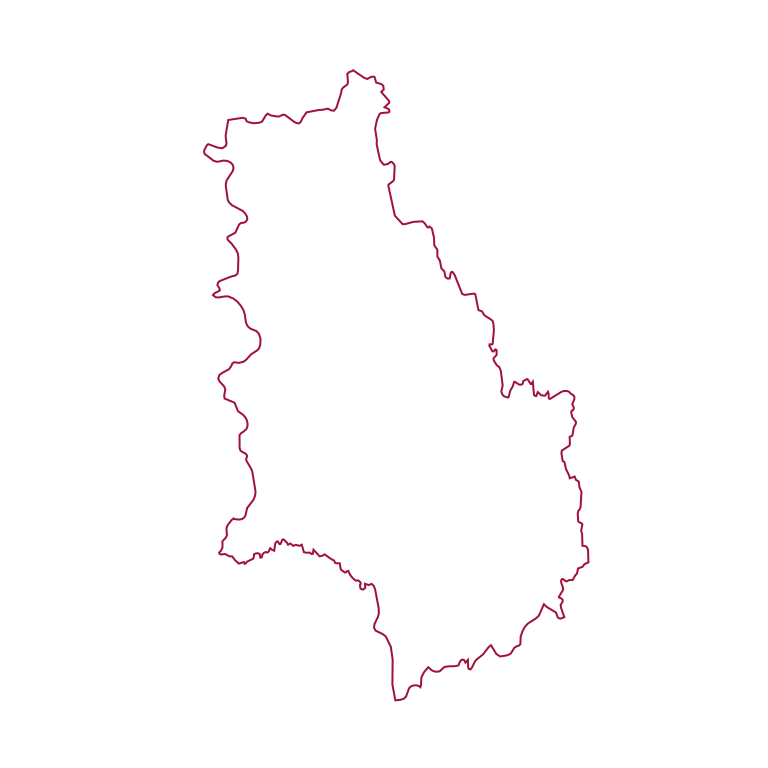 an SVG outline of Gomel, rotated 82°
{"feature_id": "BLR-2339", "entity_name": "Gomel", "entity_type": "Region", "adm_level": 1, "iso_a3": "BLR", "parent_name": "Belarus", "parent_adm1": "", "projection": "equal_earth", "projection_center": [29.578, 52.294], "detail": "fine", "context": "isolated", "style": "outline", "palette": "rose", "viewbox_px": 768, "rotation_deg": 82, "n_neighbors": 0, "source": "natural_earth", "source_scale": "10m", "svg_char_len": 6133}
<svg xmlns="http://www.w3.org/2000/svg" viewBox="0 0 768 768"><g transform="rotate(82 384 384)"><path d="M682.7,417.5L658.1,413.8L645.2,413.8L634.2,417.4L631.4,420.2L627.0,426.7L623.8,427.8L620.4,426.8L613.9,422.5L610.5,421.0L605.1,420.5L585.8,421.4L582.4,422.3L580.2,424.1L581.0,427.1L579.2,430.6L583.3,431.0L584.7,433.4L583.4,435.7L579.8,435.9L578.8,434.9L577.2,434.9L575.0,436.7L574.8,439.3L571.8,442.1L568.1,444.2L564.1,445.4L564.4,447.1L565.2,447.8L565.2,449.1L562.1,452.2L560.9,452.7L555.5,452.7L554.6,457.0L551.7,458.2L550.1,460.5L544.4,466.6L545.5,469.0L545.7,471.7L538.3,476.9L542.3,478.1L542.3,479.4L540.7,480.8L540.1,485.0L539.4,486.7L531.7,487.8L532.5,490.2L530.9,494.0L531.7,496.4L528.9,499.0L529.8,501.4L528.0,502.0L524.0,504.9L524.0,506.3L528.0,508.7L528.0,509.8L525.1,511.1L525.1,512.2L526.8,513.9L533.8,515.9L532.7,517.9L530.8,519.5L534.0,521.7L534.7,523.1L533.9,524.5L534.6,526.6L535.8,528.0L538.7,529.3L538.7,530.6L535.2,530.7L534.2,532.0L533.9,534.2L534.5,536.4L537.0,536.9L538.8,537.9L540.8,544.1L542.5,546.1L542.7,547.0L540.8,547.6L541.7,552.7L537.8,556.0L533.5,558.4L533.1,561.1L530.3,564.9L530.1,569.2L529.5,570.4L527.9,570.7L526.8,569.0L523.4,566.7L517.3,565.9L514.2,562.1L512.1,560.6L505.8,560.2L503.6,559.5L501.7,558.2L497.4,553.7L496.3,551.8L496.7,551.7L498.1,546.5L498.0,543.3L496.7,540.9L494.9,539.5L487.8,536.8L480.5,529.4L476.5,527.1L472.5,526.2L452.7,526.6L449.5,527.3L440.9,530.9L439.2,531.0L436.9,529.8L435.5,529.7L433.7,530.7L431.3,534.1L429.9,535.4L427.3,535.9L414.5,534.2L412.7,532.2L411.5,529.5L409.2,526.3L406.7,525.0L403.6,524.6L400.4,525.0L397.6,526.0L394.7,528.0L390.6,532.4L381.7,534.6L376.2,543.9L373.4,543.9L367.2,541.9L364.0,542.7L358.4,546.6L355.5,547.4L352.3,545.9L350.5,542.7L347.8,535.4L344.9,532.7L342.5,531.3L341.6,529.3L342.9,524.7L342.4,520.0L340.8,517.1L336.1,511.5L333.1,505.0L331.4,502.8L328.0,501.1L322.3,500.0L316.7,500.9L313.8,503.1L310.5,508.7L307.8,511.0L304.1,512.1L295.4,512.2L291.3,512.9L286.8,514.8L282.2,517.6L278.3,521.4L275.5,526.3L275.1,529.3L275.3,536.1L274.6,538.7L272.1,541.0L270.6,539.2L268.6,533.6L266.8,533.5L262.9,535.2L260.6,534.3L259.2,532.4L256.2,519.9L255.9,516.3L254.6,513.9L251.0,512.7L238.4,510.6L234.5,510.6L230.9,511.6L223.8,515.4L220.2,518.2L218.4,518.9L216.5,518.3L213.4,510.1L205.9,505.3L204.7,503.3L204.7,500.1L204.2,498.4L202.1,496.5L199.3,496.3L196.1,497.6L193.1,499.7L185.6,509.9L182.2,512.4L179.5,513.1L165.7,513.1L163.1,512.6L160.5,511.5L152.1,504.2L149.1,502.9L145.8,503.3L143.2,505.2L141.3,508.2L140.4,511.8L140.8,518.0L139.4,521.5L131.2,529.6L129.0,529.9L127.0,529.2L122.9,526.1L122.0,524.7L126.8,515.7L128.0,511.2L126.2,507.5L124.0,506.5L116.1,506.3L100.9,501.5L100.7,486.8L102.1,484.0L104.5,483.6L106.0,481.5L107.6,477.0L107.9,471.7L107.5,469.0L106.9,468.0L101.7,463.8L100.1,461.6L102.4,458.5L104.3,452.2L104.4,450.2L103.2,446.5L103.6,444.8L112.0,436.3L113.2,434.7L114.2,432.0L112.8,429.9L109.4,427.7L104.2,422.9L103.6,410.7L103.9,406.0L103.5,402.2L103.9,400.7L105.7,398.2L106.4,395.5L103.9,392.7L90.2,386.1L86.3,384.8L84.7,383.1L82.6,379.1L81.6,378.2L80.1,377.7L71.8,377.2L70.0,374.6L69.8,372.3L69.0,370.9L78.0,361.1L79.6,358.2L78.1,354.1L78.2,351.2L78.7,350.6L84.4,349.8L86.8,344.6L88.7,343.2L92.4,343.3L94.4,346.1L104.1,339.8L105.4,339.5L106.2,339.6L110.0,345.0L112.3,341.2L113.3,340.7L115.1,340.7L115.7,341.8L115.3,349.2L116.1,350.8L121.2,354.1L130.0,357.3L141.1,357.1L145.6,357.9L161.2,356.8L163.0,356.2L166.9,353.6L166.7,349.6L165.0,346.5L165.1,345.5L167.4,343.7L169.6,343.1L183.0,345.6L184.1,346.4L187.2,351.8L188.3,352.1L218.9,349.8L228.3,343.3L228.6,340.8L227.5,332.1L228.3,323.2L230.4,321.4L234.7,319.3L235.2,318.5L234.4,317.1L236.6,315.0L245.9,314.1L253.8,314.9L258.4,312.5L265.2,313.4L269.6,311.5L277.4,311.1L280.8,308.6L286.6,308.3L288.6,306.1L288.6,304.3L283.2,302.4L282.3,301.4L282.9,300.3L286.1,298.8L305.8,294.0L307.0,291.6L307.0,282.3L307.8,281.1L323.9,280.2L325.7,276.9L330.0,275.0L335.2,268.9L336.8,267.6L339.8,267.3L345.6,267.6L359.3,270.8L359.9,271.4L359.4,273.9L360.7,274.4L366.8,272.0L367.0,270.7L365.2,269.0L365.8,268.1L366.6,267.8L370.9,268.5L373.8,271.9L375.4,272.2L380.8,269.9L383.5,267.4L387.2,266.5L402.1,266.7L407.7,268.9L411.5,268.0L412.9,266.7L414.7,263.1L413.9,262.2L408.2,259.9L404.5,257.0L399.9,254.7L400.3,253.7L403.4,250.3L403.8,248.3L403.1,246.6L400.5,245.7L399.0,241.7L399.5,241.0L404.4,238.8L404.5,238.2L402.4,236.3L415.7,237.0L416.9,235.9L417.1,234.9L413.4,232.8L417.1,229.8L418.0,226.2L414.5,222.7L416.4,222.3L420.7,222.8L421.7,222.3L421.9,221.7L416.4,209.3L416.0,206.7L416.4,203.8L417.3,202.0L419.5,200.4L421.2,198.3L423.0,197.3L425.3,197.5L430.3,200.4L433.3,199.4L435.0,199.5L436.2,200.4L436.5,201.8L438.2,202.6L442.9,202.2L448.1,199.2L450.0,199.5L453.6,202.2L460.7,204.4L461.6,205.1L462.2,207.5L469.5,208.3L470.9,209.1L474.7,217.2L477.0,217.9L485.1,217.8L486.3,216.2L493.6,215.6L500.7,213.3L503.2,213.2L502.2,208.1L505.7,207.2L507.7,204.7L513.6,204.8L518.3,203.5L533.4,206.5L535.6,207.8L536.6,209.2L539.4,210.2L546.6,210.8L547.9,210.2L549.4,207.8L550.6,207.1L556.6,209.2L560.3,208.7L571.8,210.0L572.5,207.5L573.6,205.9L576.5,205.0L589.1,206.4L590.2,210.4L592.7,213.0L593.7,217.6L598.5,219.2L600.3,221.4L604.4,224.5L603.9,227.8L604.9,230.6L604.4,231.8L602.0,233.9L602.0,234.9L602.9,235.8L604.9,236.2L610.9,235.1L612.8,235.3L619.0,240.4L619.6,240.4L621.3,238.0L622.5,237.2L624.2,237.3L627.5,239.9L631.0,239.7L640.0,237.9L640.9,241.6L640.4,243.3L639.1,244.5L634.2,245.5L627.4,253.9L624.3,256.3L634.9,262.8L637.3,266.2L641.2,274.8L644.2,278.4L648.5,281.5L653.1,283.8L660.7,285.2L661.7,286.6L662.1,288.8L663.4,291.7L668.6,296.0L669.8,299.5L670.0,306.9L667.0,310.3L657.6,314.4L659.2,317.1L665.5,323.5L669.7,330.6L671.6,332.7L676.7,336.1L678.6,338.0L678.0,339.7L676.1,340.1L668.9,339.3L671.3,342.1L668.8,342.9L667.8,344.3L668.1,346.0L669.9,347.7L673.1,349.5L673.3,353.8L672.6,359.0L672.6,363.5L676.2,368.8L676.3,372.0L675.5,374.4L674.1,376.6L670.6,379.6L674.9,384.4L679.7,387.8L687.0,389.2L689.3,390.2L687.8,391.6L686.9,393.9L686.6,396.4L687.0,398.9L688.0,400.7L689.3,401.8L696.5,405.6L698.4,408.1L699.0,411.6L698.8,416.8L682.7,417.5Z" fill="none" stroke="#9f1239" stroke-width="2"/></g></svg>